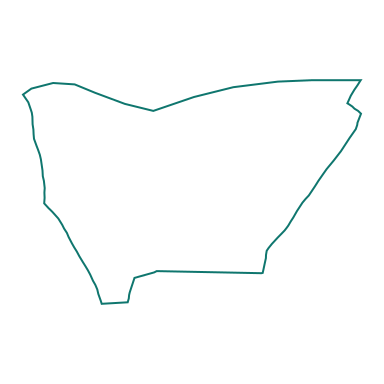 outline of Grande Riviere/Ingle Woods, Gros Islet, Saint Lucia
{"feature_id": "8701671B99819358130632", "entity_name": "Grande Riviere/Ingle Woods", "entity_type": "district", "adm_level": 2, "iso_a3": "LCA", "parent_name": "Saint Lucia", "parent_adm1": "Gros Islet", "projection": "orthographic", "projection_center": [-60.956, 14.031], "detail": "fine", "context": "isolated", "style": "outline", "palette": "teal", "viewbox_px": 384, "rotation_deg": 0, "n_neighbors": 0, "source": "geoboundaries", "source_scale": "gbopen_adm2", "svg_char_len": 1370}
<svg xmlns="http://www.w3.org/2000/svg" viewBox="0 0 384 384"><path d="M360.7,80.2L359.4,80.2L343.1,80.2L311.9,80.2L278.0,81.6L233.3,87.2L194.0,97.0L153.3,110.9L124.9,103.9L95.1,92.8L74.7,84.4L53.1,83.0L31.4,88.6L23.0,94.6L26.1,99.1L28.3,102.3L30.8,109.6L31.8,112.7L32.4,116.8L32.6,124.3L33.4,129.5L33.6,134.2L34.0,138.8L36.6,146.0L38.0,149.6L39.8,154.7L40.9,159.4L41.9,166.3L42.5,170.5L42.8,176.2L43.9,180.9L44.7,188.1L44.4,192.6L44.6,197.9L44.2,203.4L48.6,208.2L50.0,209.5L52.4,211.9L55.0,214.8L58.3,218.5L62.2,224.8L64.1,228.6L66.9,232.9L68.6,237.0L71.9,243.3L74.1,247.2L76.9,251.7L79.3,256.2L82.8,262.0L85.5,266.3L87.9,270.3L90.2,274.6L93.0,280.8L95.3,284.8L97.3,289.5L98.3,293.9L100.8,300.9L101.7,303.8L127.7,302.3L128.8,298.4L129.1,295.1L129.7,292.5L131.1,288.2L134.5,277.9L154.2,272.4L156.7,271.1L261.4,273.2L262.7,272.9L263.5,269.3L264.7,263.6L265.9,258.1L266.0,255.0L266.7,250.8L268.5,248.1L271.8,244.0L277.6,237.7L281.9,233.3L284.6,230.5L286.4,228.2L288.3,225.6L290.7,221.5L293.3,217.5L297.0,211.0L302.5,202.6L305.6,198.9L308.8,195.5L314.9,186.4L318.5,180.7L323.6,173.4L326.7,169.0L333.9,160.3L337.6,155.5L341.0,151.1L349.7,137.8L352.8,133.4L355.8,129.1L357.2,125.0L357.5,122.7L361.0,113.7L358.1,110.9L354.5,108.7L352.3,106.5L349.2,104.4L347.4,103.3L350.8,95.7L354.4,89.7L357.4,85.4L360.1,81.1L360.7,80.2Z" fill="none" stroke="#0f766e" stroke-width="2"/></svg>